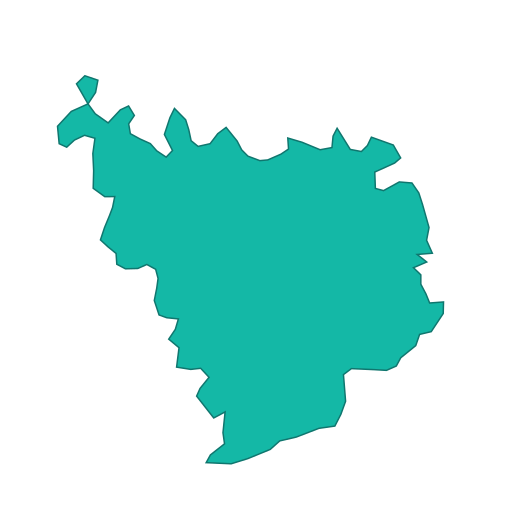 the district of Pouso Novo, Rio Grande do Sul, Brazil, rotated 172°
{"feature_id": "56859067B59341670887428", "entity_name": "Pouso Novo", "entity_type": "district", "adm_level": 2, "iso_a3": "BRA", "parent_name": "Brazil", "parent_adm1": "Rio Grande do Sul", "projection": "mercator", "projection_center": [-52.22, -29.162], "detail": "fine", "context": "isolated", "style": "filled", "palette": "teal", "viewbox_px": 512, "rotation_deg": 172, "n_neighbors": 0, "source": "geoboundaries", "source_scale": "gbopen_adm2", "svg_char_len": 1715}
<svg xmlns="http://www.w3.org/2000/svg" viewBox="0 0 512 512"><g transform="rotate(172 256 256)"><path d="M334.3,125.5L320.4,101.5L308.3,105.9L313.3,85.6L313.3,74.4L328.8,65.4L334.1,58.3L309.5,53.7L292.3,56.5L268.8,62.5L258.2,69.6L241.3,71.1L217.6,76.6L201.6,76.6L194.0,87.4L187.5,99.7L185.9,126.4L177.2,131.2L154.7,127.0L142.7,124.6L132.4,127.5L126.8,135.1L110.3,145.0L104.9,155.6L93.0,156.7L78.6,173.0L76.7,184.4L90.6,185.3L93.0,194.8L96.7,205.1L95.4,214.4L101.7,222.5L87.8,226.3L96.2,235.1L81.0,234.2L84.9,247.8L80.7,260.1L83.9,283.7L86.0,295.8L91.4,306.6L103.8,309.4L120.6,303.0L128.4,306.3L126.7,322.6L105.7,328.8L99.1,333.0L104.6,346.8L125.2,357.6L130.3,349.9L137.1,344.8L147.8,348.4L157.9,371.2L163.0,364.0L165.7,352.8L177.7,352.3L194.5,362.2L208.1,368.4L208.9,357.4L217.1,353.4L231.0,349.5L238.9,349.9L250.1,356.0L255.4,363.1L258.7,372.5L267.7,387.5L276.8,382.5L285.8,373.6L298.1,372.6L304.2,379.2L305.0,390.4L306.7,400.7L316.2,413.5L322.0,404.9L329.8,389.1L324.0,372.1L331.2,366.4L339.6,373.9L345.0,382.0L354.5,388.0L363.4,394.6L363.7,404.6L356.9,412.1L361.3,422.3L370.0,419.6L383.9,408.4L395.4,419.2L401.2,430.0L418.8,424.9L434.5,412.1L435.3,394.6L428.3,390.1L419.6,396.1L409.0,399.4L399.1,395.0L403.3,380.2L404.9,363.1L407.8,345.7L397.5,335.8L387.6,334.5L391.3,324.0L395.4,316.5L402.0,305.3L407.8,293.6L401.5,285.9L394.2,278.0L395.0,267.2L387.1,261.5L374.8,260.1L365.3,262.8L357.2,256.8L356.1,247.4L358.8,237.9L362.9,226.1L360.2,211.1L353.0,207.3L341.6,204.5L346.1,194.6L354.0,185.8L345.0,175.9L350.1,157.0L336.4,152.8L326.4,152.5L319.4,142.4L329.8,132.7L334.3,125.5ZM409.8,451.5L401.2,430.0L392.1,440.3L388.1,452.1L400.4,458.3L409.8,451.5Z" fill="#14b8a6" stroke="#0f766e" stroke-width="1.5"/></g></svg>